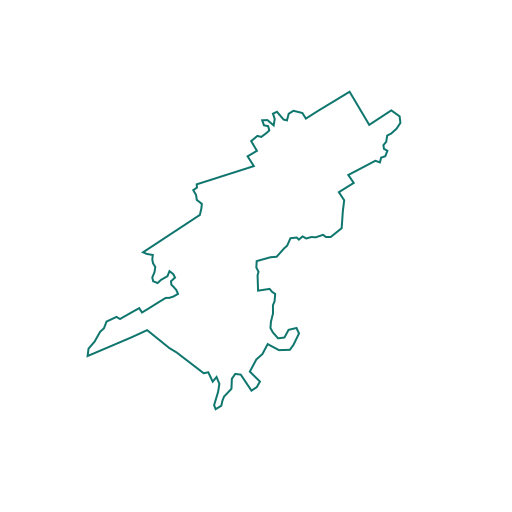 Viadutos, Rio Grande do Sul, Brazil, rotated 58°
{"feature_id": "56859067B3456696315271", "entity_name": "Viadutos", "entity_type": "district", "adm_level": 2, "iso_a3": "BRA", "parent_name": "Brazil", "parent_adm1": "Rio Grande do Sul", "projection": "equal_earth", "projection_center": [-51.984, -27.576], "detail": "fine", "context": "isolated", "style": "outline", "palette": "teal", "viewbox_px": 512, "rotation_deg": 58, "n_neighbors": 0, "source": "geoboundaries", "source_scale": "gbopen_adm2", "svg_char_len": 2010}
<svg xmlns="http://www.w3.org/2000/svg" viewBox="0 0 512 512"><g transform="rotate(58 256 256)"><path d="M232.4,417.5L236.7,423.2L237.7,428.4L243.1,438.3L245.8,447.1L251.6,451.8L258.9,405.3L261.2,387.6L288.1,378.3L295.8,374.4L327.7,362.5L329.3,358.1L339.6,359.3L337.7,353.6L345.0,354.8L351.2,360.2L360.3,370.6L364.5,371.4L364.6,364.8L360.8,361.0L358.3,357.6L355.6,347.2L347.3,341.5L345.0,336.1L348.5,331.8L367.8,331.2L367.6,324.8L364.6,319.2L350.8,322.5L343.9,310.5L342.6,302.6L336.9,292.8L348.0,286.4L353.5,277.0L351.3,271.5L344.5,260.6L338.5,259.8L335.9,267.5L340.2,275.1L337.5,280.9L329.7,282.2L324.7,281.9L319.6,278.1L313.7,272.0L306.7,267.7L304.3,264.3L298.3,259.8L295.2,261.3L291.1,261.9L286.5,272.6L273.2,264.9L270.7,262.2L265.9,261.8L260.7,258.1L264.8,244.2L267.6,238.9L264.4,228.0L263.8,224.2L259.2,217.4L261.9,211.7L264.8,211.0L264.1,206.1L267.8,204.1L269.2,199.1L271.8,195.4L273.6,187.9L276.9,186.7L279.5,182.6L277.8,168.6L264.0,158.6L255.5,151.7L245.8,151.9L245.8,145.3L245.8,134.4L236.2,134.8L238.5,104.3L242.3,101.3L238.9,97.8L239.9,93.5L236.4,88.8L232.9,90.7L229.5,89.2L228.1,85.0L223.4,80.9L223.8,76.5L222.5,69.2L219.6,63.0L213.7,60.2L204.2,64.1L204.8,90.5L197.6,90.3L166.3,89.6L165.8,125.5L165.9,140.9L159.3,140.9L152.7,147.3L152.7,152.9L157.4,157.9L154.9,160.3L144.8,161.8L144.3,166.2L149.7,167.5L154.6,171.8L146.8,174.3L144.2,178.8L149.4,180.0L152.3,176.9L156.6,178.2L157.3,182.2L157.8,188.4L154.9,191.2L156.0,199.2L167.3,199.5L167.0,210.3L178.6,210.2L163.8,268.3L166.7,269.8L166.9,274.3L172.6,274.5L177.0,276.5L183.1,274.3L186.9,277.3L191.4,281.8L193.0,349.8L196.5,347.4L200.4,343.0L204.2,345.9L207.7,347.2L211.9,347.2L215.8,350.5L219.2,355.3L222.9,356.6L226.8,353.8L225.9,349.1L226.2,341.8L223.0,337.4L227.4,335.8L231.4,336.1L232.4,341.5L235.5,343.0L238.4,342.3L242.7,341.6L246.8,342.2L246.6,347.6L245.6,351.6L243.7,354.8L243.6,362.1L243.6,375.8L243.5,382.6L238.3,382.7L237.5,400.4L237.4,404.7L233.7,406.6L233.0,412.5L232.4,417.5Z" fill="none" stroke="#0f766e" stroke-width="2"/></g></svg>